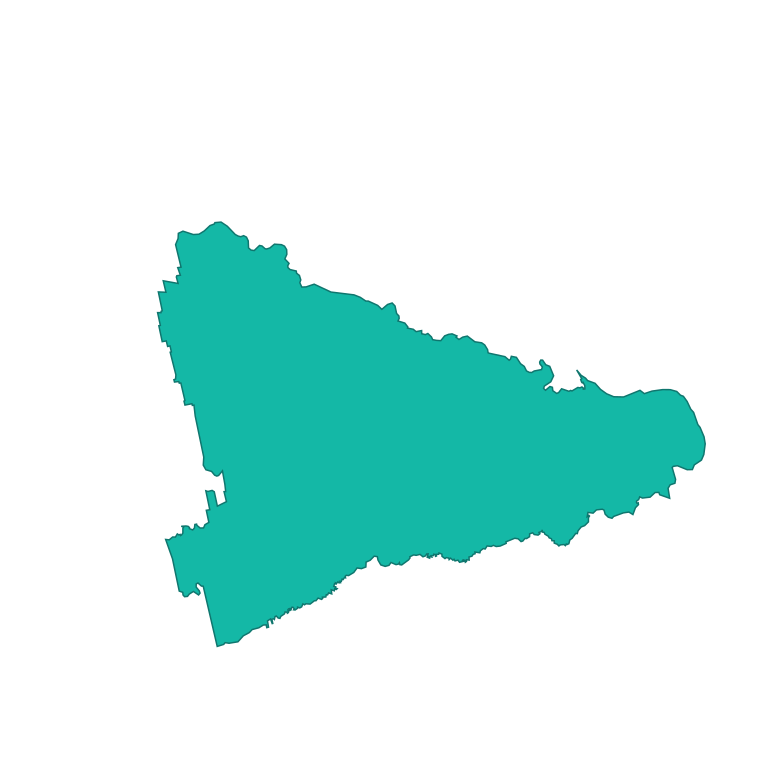 Simoca, Tucumán, Argentina, rotated 336°
{"feature_id": "61730980B79833488690103", "entity_name": "Simoca", "entity_type": "district", "adm_level": 2, "iso_a3": "ARG", "parent_name": "Argentina", "parent_adm1": "Tucumán", "projection": "robinson", "projection_center": [-65.304, -27.381], "detail": "fine", "context": "isolated", "style": "filled", "palette": "teal", "viewbox_px": 768, "rotation_deg": 336, "n_neighbors": 0, "source": "geoboundaries", "source_scale": "gbopen_adm2", "svg_char_len": 6171}
<svg xmlns="http://www.w3.org/2000/svg" viewBox="0 0 768 768"><g transform="rotate(336 384 384)"><path d="M598.5,604.6L601.1,594.8L604.4,592.5L609.4,593.0L611.6,589.7L613.3,577.5L614.8,576.9L618.8,578.0L626.1,585.6L630.9,587.6L634.6,584.1L643.1,582.6L647.5,578.5L653.1,569.3L654.9,562.4L655.1,552.2L654.2,548.7L655.3,535.9L654.0,531.8L653.8,523.2L652.5,517.0L650.3,514.8L648.4,509.9L643.2,505.6L636.4,502.5L626.0,499.5L617.9,498.7L615.3,493.9L597.6,493.3L588.7,489.1L583.4,483.5L579.6,477.0L577.1,469.2L571.4,463.7L570.5,460.6L567.6,456.2L565.7,449.5L566.8,459.6L565.5,459.9L565.3,462.6L565.6,463.6L566.5,463.4L566.8,467.1L565.5,470.2L564.0,469.8L564.4,468.6L563.6,467.2L561.4,467.2L559.7,466.0L552.9,466.8L551.9,465.8L550.0,465.9L544.3,460.6L540.0,462.9L537.9,462.8L535.5,458.8L536.5,455.5L534.6,453.8L529.0,455.4L528.0,453.0L529.7,451.1L537.3,449.8L542.3,445.5L542.6,435.3L539.6,432.2L538.6,426.7L536.9,425.9L535.1,427.3L534.6,429.1L535.6,432.8L533.8,434.9L526.5,433.2L523.7,433.6L521.5,432.5L519.5,430.0L519.3,425.0L517.0,421.0L515.8,413.5L511.6,410.5L509.6,412.8L508.0,413.2L505.6,408.2L492.5,398.6L491.8,397.8L492.6,394.7L491.9,389.3L490.0,386.1L484.2,382.4L479.6,374.1L475.0,373.2L470.6,373.8L468.8,370.5L470.2,369.8L466.6,365.9L463.2,364.9L459.0,364.7L453.5,367.5L449.7,365.5L446.5,363.3L446.5,360.3L444.6,355.7L441.9,355.7L438.9,353.4L440.1,350.5L434.6,349.2L433.0,345.9L428.2,342.5L429.0,341.6L427.8,336.8L422.4,332.1L424.5,330.3L425.3,327.9L424.2,324.7L425.8,317.2L424.4,313.3L419.6,312.8L412.4,314.9L410.2,309.6L403.4,301.9L401.1,300.8L397.6,295.2L392.9,290.4L372.9,278.4L360.8,264.4L352.3,263.6L348.3,262.0L348.3,257.2L350.3,255.1L350.9,250.4L349.2,247.3L349.8,245.1L344.7,241.2L343.6,238.6L344.2,236.8L346.3,235.2L344.3,229.4L348.0,226.0L349.7,221.7L349.2,217.6L347.0,215.0L340.8,211.7L335.1,213.3L331.7,212.9L330.4,212.1L328.7,208.3L326.6,206.8L319.7,209.3L317.0,207.6L315.6,204.6L318.2,198.0L318.1,193.9L316.1,191.4L313.1,191.2L311.0,189.6L308.9,186.9L305.0,176.1L301.0,169.8L295.2,167.8L293.9,168.8L289.5,168.5L281.9,171.1L275.9,171.9L270.6,169.9L262.5,162.6L257.4,162.7L255.1,167.3L250.3,171.9L246.1,194.7L242.9,193.8L242.2,201.8L238.8,200.8L237.8,201.8L236.8,208.4L224.3,199.9L222.1,211.5L215.3,208.1L211.2,226.9L210.0,226.9L209.3,228.1L206.2,226.7L203.5,239.5L202.0,239.2L198.6,255.1L202.6,256.1L201.6,261.7L204.0,262.2L202.8,268.2L201.6,268.0L197.6,291.0L195.6,294.7L193.8,294.6L193.4,297.0L197.5,298.3L197.3,299.9L198.8,300.5L195.4,318.2L194.3,318.3L193.6,322.3L200.5,323.9L200.2,325.6L201.8,326.0L198.5,336.5L189.6,377.5L185.9,384.6L186.4,389.9L190.9,393.7L192.2,398.4L193.8,400.1L195.7,400.3L201.1,397.6L197.8,411.0L195.6,417.9L194.1,417.3L192.2,427.4L182.1,427.8L185.1,413.4L183.7,411.3L179.5,410.6L177.8,409.1L173.7,428.0L170.3,427.1L167.7,439.2L163.2,439.7L160.6,442.1L157.5,440.8L155.6,437.1L155.8,435.8L154.1,435.4L152.2,438.5L149.9,439.5L147.4,437.0L147.9,436.0L147.2,434.4L145.4,433.2L140.9,431.5L142.8,433.2L141.6,434.0L139.6,438.4L137.6,439.6L136.5,439.7L136.6,438.5L135.2,438.4L134.2,436.9L131.2,439.0L128.7,437.8L124.4,439.0L121.3,437.2L119.7,457.6L112.7,489.9L115.4,492.5L114.6,495.0L115.3,497.2L118.1,498.1L120.7,496.7L125.5,496.0L128.8,501.3L130.9,500.2L131.1,497.8L129.8,493.1L131.1,490.3L133.1,490.1L135.0,494.3L136.6,495.2L124.9,555.9L131.6,556.7L133.7,555.7L137.0,557.8L145.7,560.1L153.1,556.8L159.9,556.3L163.7,554.7L170.6,555.8L175.7,555.1L178.4,556.1L177.8,558.9L179.6,559.2L181.2,553.0L184.8,552.5L184.7,553.4L184.4,557.4L185.0,557.5L185.6,554.7L184.9,553.2L187.7,553.6L188.1,554.5L189.9,552.1L191.3,552.2L192.1,554.7L193.6,555.8L195.2,554.3L199.6,553.5L200.9,552.0L202.7,553.1L202.5,554.1L203.7,553.9L204.9,552.5L204.1,552.1L204.4,551.3L206.2,552.6L206.8,551.9L206.1,550.7L207.0,550.9L207.4,552.2L209.0,550.5L210.0,550.9L210.6,552.9L209.6,553.5L210.9,554.3L213.9,553.7L214.3,552.7L216.0,554.3L218.1,554.1L220.5,551.9L221.6,553.4L223.2,553.0L227.0,555.0L232.3,553.7L233.7,554.3L236.7,552.8L239.4,555.4L240.8,554.9L241.0,553.7L244.2,554.9L245.6,553.0L246.7,553.7L248.4,552.3L250.9,554.5L252.1,550.5L254.5,552.7L255.6,551.1L256.8,552.3L258.0,551.9L256.7,550.6L257.4,549.7L255.8,548.5L257.6,546.3L258.7,547.1L258.9,546.1L259.5,546.9L261.4,546.0L262.0,547.4L263.4,547.8L263.4,546.3L264.7,547.0L266.4,545.2L267.1,546.0L269.3,544.7L270.0,545.4L270.5,543.8L271.7,543.4L273.7,544.6L279.7,543.9L284.6,541.1L288.3,543.5L293.0,543.8L295.2,539.4L299.7,539.4L305.0,537.3L307.7,539.0L306.9,542.4L307.5,548.0L310.9,551.1L314.8,551.7L317.8,549.9L321.5,553.9L323.9,554.4L325.4,553.5L325.0,555.5L326.6,556.5L334.9,554.7L337.0,553.5L337.3,552.3L341.6,552.2L343.7,553.6L347.6,554.3L349.3,557.7L352.0,557.9L354.0,556.6L355.2,557.1L353.5,559.2L354.6,559.8L353.3,560.1L354.8,561.6L355.3,560.2L357.3,561.5L357.2,560.0L359.3,560.8L360.2,559.7L361.3,560.6L361.0,562.4L362.0,562.5L362.5,560.9L364.7,561.8L365.5,560.7L367.7,563.0L366.9,565.0L368.7,568.3L370.2,567.9L372.4,569.4L372.1,570.9L374.0,570.2L375.3,573.0L376.7,572.6L376.9,574.5L379.9,575.0L380.5,577.6L384.8,578.4L383.9,577.3L384.8,576.8L386.2,578.1L385.8,579.9L387.2,579.6L387.9,578.1L390.2,579.5L391.3,576.6L394.3,577.1L396.1,575.9L398.2,576.1L398.7,574.5L402.9,577.2L404.2,575.6L407.7,574.7L409.3,575.9L412.3,573.9L415.9,576.0L418.3,575.9L420.4,578.1L424.2,579.3L430.8,579.3L431.2,577.8L440.7,578.1L443.6,580.0L445.1,583.7L447.0,583.9L449.9,582.4L451.4,583.2L454.9,582.7L456.1,580.1L459.3,580.4L460.0,582.6L463.3,584.7L465.5,584.2L465.2,582.6L468.1,582.9L469.1,581.6L468.6,583.8L470.0,584.7L469.9,586.6L472.2,589.9L472.3,591.7L474.0,593.4L473.7,595.5L475.7,596.4L474.8,598.6L477.1,600.9L477.9,603.1L479.7,602.7L483.2,603.9L483.9,605.4L485.4,604.3L485.7,605.1L487.9,605.1L490.3,602.1L493.1,601.5L498.3,598.5L499.7,599.3L501.6,597.0L506.0,594.8L509.7,595.0L514.7,593.1L516.4,589.3L518.0,588.2L517.7,587.3L515.7,587.8L518.1,584.3L522.5,587.0L526.9,585.4L532.5,587.2L533.7,588.7L533.1,592.9L534.7,596.9L537.7,599.4L540.0,598.4L550.3,599.1L555.6,600.6L558.3,604.5L563.4,599.3L567.4,597.7L567.9,595.9L566.6,595.9L566.5,594.8L567.1,593.7L569.6,593.2L571.7,591.1L573.7,593.3L581.1,595.6L587.5,593.4L591.0,594.8L590.8,597.3L598.5,604.6Z" fill="#14b8a6" stroke="#0f766e" stroke-width="1.5"/></g></svg>